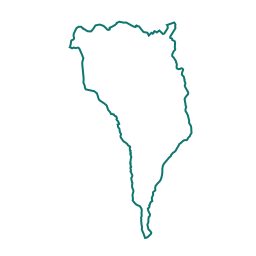 outline of Rona De Jos, Maramures, Romania, rotated 94°
{"feature_id": "2599482B30992645839437", "entity_name": "Rona De Jos", "entity_type": "district", "adm_level": 2, "iso_a3": "ROU", "parent_name": "Romania", "parent_adm1": "Maramures", "projection": "equal_earth", "projection_center": [24.015, 47.917], "detail": "fine", "context": "isolated", "style": "outline", "palette": "teal", "viewbox_px": 256, "rotation_deg": 94, "n_neighbors": 0, "source": "geoboundaries", "source_scale": "gbopen_adm2", "svg_char_len": 5693}
<svg xmlns="http://www.w3.org/2000/svg" viewBox="0 0 256 256"><g transform="rotate(94 128 128)"><path d="M51.5,191.7L52.4,189.3L51.5,187.7L52.0,186.1L51.3,183.5L52.0,182.2L57.9,179.1L61.5,177.4L65.5,178.2L68.2,178.0L81.6,175.7L86.0,175.6L88.4,174.3L91.2,173.6L92.4,172.8L93.3,166.9L93.6,164.3L95.6,161.4L101.5,159.1L102.7,157.8L105.2,153.3L107.1,150.8L111.3,149.1L113.0,147.3L113.3,147.1L115.3,145.8L115.0,144.8L115.3,144.1L115.7,143.5L115.5,143.1L116.5,142.3L116.9,141.9L117.1,141.4L117.2,140.6L119.1,139.7L120.0,140.1L120.4,140.0L120.9,139.7L121.5,138.9L122.2,138.3L123.9,137.4L124.6,137.1L125.2,138.3L125.3,138.5L125.6,138.3L126.4,138.2L127.5,138.0L128.3,137.5L129.2,136.7L129.9,136.3L130.4,136.3L132.4,135.9L133.5,135.3L134.7,134.5L135.3,134.6L136.3,134.9L136.8,134.9L137.8,134.6L140.8,132.3L142.1,130.8L142.9,129.0L143.6,128.3L144.1,127.5L145.2,126.9L145.6,126.0L146.0,125.6L146.2,124.8L146.7,124.5L147.4,124.6L147.9,124.9L150.0,124.5L150.4,123.8L150.8,123.8L151.3,124.1L152.1,123.9L152.4,123.6L152.7,123.4L153.4,123.9L154.0,123.9L154.5,123.3L155.6,123.3L156.5,122.7L157.2,122.7L158.2,123.0L159.0,123.1L159.8,123.1L160.0,123.1L161.0,123.2L161.8,123.2L162.4,123.4L162.9,123.4L163.1,122.9L163.8,122.9L164.5,123.0L165.5,122.6L166.1,122.2L166.7,122.1L167.1,122.4L167.3,122.8L168.2,122.7L168.9,122.4L169.8,122.2L170.6,122.2L171.1,122.5L171.6,122.2L171.9,121.8L172.9,121.4L173.5,121.2L174.3,120.7L174.9,120.4L175.5,120.4L176.2,120.5L177.0,120.8L177.7,121.3L178.5,121.2L179.1,120.9L179.6,120.8L180.3,120.7L181.0,120.5L181.7,120.2L182.2,119.8L182.8,119.8L183.8,119.9L186.6,119.8L187.6,119.4L189.0,118.7L190.1,118.2L191.1,118.2L192.7,118.5L193.8,118.8L194.5,118.8L195.4,118.7L198.4,118.1L199.9,118.3L201.2,117.2L203.0,115.4L203.8,114.4L204.5,112.7L204.9,111.3L205.2,110.7L206.1,110.0L206.8,109.4L207.8,108.8L208.8,108.6L209.4,108.5L211.0,108.6L212.8,108.5L214.4,108.2L215.1,108.3L216.6,108.7L218.0,108.4L219.1,108.4L220.0,108.3L221.8,108.0L223.0,107.9L224.3,107.5L225.4,107.2L228.4,107.1L231.4,105.6L232.7,104.9L233.5,104.6L236.5,103.3L236.4,102.7L235.5,100.8L232.3,97.9L231.3,97.5L230.8,97.5L230.2,98.0L229.7,98.2L229.3,98.5L229.0,99.0L228.5,99.5L228.0,100.1L227.4,100.6L226.6,100.9L225.4,101.2L224.4,101.5L223.7,101.8L223.0,101.9L222.6,101.8L221.3,101.3L220.6,101.2L219.9,101.1L219.0,101.2L218.3,101.3L217.7,101.3L215.4,101.1L215.0,100.7L214.3,100.2L213.0,100.0L212.4,100.1L211.4,100.8L209.5,101.8L208.2,102.3L206.9,102.6L206.2,101.6L205.3,101.2L204.7,101.1L203.8,101.5L203.1,101.0L202.1,100.7L201.2,100.6L200.6,100.1L199.8,99.8L199.3,98.7L196.3,99.4L195.2,99.1L193.8,98.6L192.8,98.2L192.3,98.2L191.2,98.6L190.7,98.6L190.2,98.4L189.6,97.9L188.8,96.9L188.4,96.5L188.0,96.4L186.9,96.6L185.5,96.7L184.6,96.6L183.8,96.4L182.9,95.8L181.3,94.7L180.1,93.6L178.5,92.4L177.3,91.8L176.4,91.5L175.1,91.2L173.3,90.9L171.8,90.7L170.8,90.7L168.7,90.7L167.7,90.8L166.4,90.9L163.3,90.6L162.8,90.4L161.6,89.9L160.1,88.9L154.6,84.9L153.7,84.0L153.2,83.4L151.8,83.1L150.7,82.2L150.1,81.8L149.5,81.3L149.3,80.8L148.0,79.4L147.2,78.8L146.1,78.3L144.7,77.7L143.3,76.9L141.4,76.0L140.3,75.6L139.6,74.6L137.6,72.7L136.6,71.7L136.2,70.5L136.0,69.6L136.0,68.8L135.8,68.4L135.6,68.1L135.2,67.9L134.2,67.6L132.5,66.3L132.0,65.8L131.4,65.6L130.6,65.4L129.5,64.8L128.6,64.3L128.1,64.3L127.6,64.4L126.6,64.6L123.4,64.9L122.0,65.3L120.6,66.0L119.3,67.0L118.4,67.5L117.6,67.5L116.4,67.5L115.8,67.7L114.3,68.2L113.2,68.5L112.5,68.8L111.4,69.1L110.5,69.5L109.7,70.1L108.8,70.5L108.0,71.1L107.5,71.6L106.8,71.8L106.1,72.0L105.0,71.9L102.9,71.4L102.4,71.7L101.6,72.1L101.1,72.2L100.2,72.3L99.6,72.4L98.5,72.8L96.6,73.2L95.5,73.5L95.2,73.6L92.9,72.6L91.9,71.9L90.7,70.9L90.0,70.4L89.2,70.4L88.4,70.4L88.0,70.6L87.5,70.9L87.0,71.3L86.3,71.6L85.9,72.0L82.8,74.0L81.6,74.4L80.1,73.9L79.3,73.9L78.6,74.1L77.5,74.8L77.0,74.9L76.5,75.0L76.1,74.9L75.9,75.0L75.7,75.0L75.2,75.3L74.9,75.3L74.6,75.4L74.4,75.5L73.3,75.8L73.0,76.0L72.7,76.2L72.0,77.0L71.2,77.8L71.0,78.0L70.4,78.0L70.1,78.0L69.6,77.9L68.9,77.9L66.2,77.1L65.9,77.1L65.3,77.5L65.1,77.7L65.0,77.9L64.7,78.6L64.7,79.1L65.4,80.1L65.7,81.1L65.8,81.7L65.6,82.3L65.0,83.5L64.6,83.5L64.4,83.6L63.8,83.8L63.4,83.9L62.8,83.8L62.2,83.7L61.2,83.7L60.8,83.9L60.2,84.0L59.9,84.1L59.3,84.6L58.4,84.7L57.5,85.1L57.1,85.5L54.7,87.2L54.2,87.7L53.4,88.8L52.1,89.0L51.4,89.0L50.8,88.7L49.9,88.4L49.4,88.2L49.2,88.1L48.3,87.8L47.5,87.2L47.0,86.7L46.5,86.4L45.7,86.5L44.0,87.0L43.1,86.9L40.3,87.0L39.2,87.0L38.1,87.6L37.1,90.0L35.8,90.2L35.1,92.2L33.8,92.2L25.3,87.7L22.7,88.1L22.3,87.9L21.6,87.9L20.9,88.2L20.1,88.8L19.5,89.4L20.5,91.5L22.5,96.2L22.8,95.9L23.0,95.8L25.2,95.3L26.1,95.6L31.2,98.4L31.8,99.7L28.6,103.5L30.6,105.9L30.4,106.1L30.0,107.0L29.9,107.8L29.6,108.3L30.1,108.9L30.7,108.9L31.4,109.1L32.2,109.9L31.7,110.5L31.4,111.2L34.3,113.7L32.9,114.5L31.9,115.1L31.5,115.6L31.5,116.5L31.3,117.4L31.3,117.9L31.3,118.7L30.8,119.6L28.3,122.0L26.6,123.4L25.9,124.2L25.7,125.8L25.4,126.1L25.1,126.5L25.3,126.9L25.5,127.2L26.1,127.4L26.7,127.5L26.4,129.6L22.9,137.1L23.2,139.6L22.6,144.2L24.0,146.5L24.2,146.4L25.8,147.7L26.5,148.6L27.6,150.3L28.8,152.3L29.1,152.9L29.1,153.1L29.2,153.3L29.5,153.3L29.9,153.2L30.2,153.1L30.6,153.0L30.9,153.1L31.0,153.2L31.2,153.9L31.6,154.5L31.3,155.3L31.0,155.8L30.1,156.7L28.5,158.6L27.9,159.5L27.3,161.3L26.8,163.6L27.9,167.4L28.1,167.7L28.6,168.0L31.4,169.5L34.1,171.4L34.2,171.8L34.3,172.8L34.3,174.9L33.9,175.7L33.5,176.8L32.9,177.5L32.8,177.9L31.7,179.8L31.9,179.9L30.3,181.7L30.5,184.4L32.0,186.4L37.5,188.6L38.1,188.7L39.2,188.8L40.3,188.6L41.9,188.0L42.5,188.1L43.1,188.3L43.5,188.7L43.8,189.0L44.1,189.9L44.9,190.7L45.8,190.8L47.2,190.9L48.8,191.1L49.9,191.3L50.2,191.2L50.9,191.4L51.5,191.7Z" fill="none" stroke="#0f766e" stroke-width="2"/></g></svg>